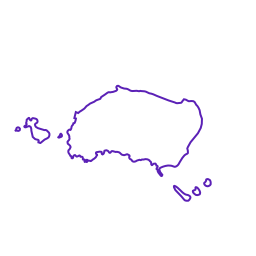 Phu Quy, Bình Thuận, Vietnam (Albers equal-area conic projection), rotated 117°
{"feature_id": "81297802B90799057915407", "entity_name": "Phu Quy", "entity_type": "district", "adm_level": 2, "iso_a3": "VNM", "parent_name": "Vietnam", "parent_adm1": "Bình Thuận", "projection": "albers", "projection_center": [108.956, 10.526], "detail": "fine", "context": "isolated", "style": "outline", "palette": "violet", "viewbox_px": 256, "rotation_deg": 117, "n_neighbors": 0, "source": "geoboundaries", "source_scale": "gbopen_adm2", "svg_char_len": 5936}
<svg xmlns="http://www.w3.org/2000/svg" viewBox="0 0 256 256"><g transform="rotate(117 128 128)"><path d="M112.3,65.8L100.9,63.3L95.0,63.2L90.9,64.1L86.2,66.3L83.0,69.7L79.6,72.3L77.8,74.6L76.8,76.4L76.4,77.7L74.7,80.3L74.5,81.3L74.5,82.1L75.2,83.8L76.5,85.9L76.6,86.8L76.5,89.3L77.0,91.2L79.4,91.7L80.6,91.8L81.2,92.0L81.6,92.4L83.5,95.3L83.9,96.3L84.0,98.1L85.0,104.2L86.3,116.8L86.5,120.6L86.8,122.7L87.4,124.8L87.5,128.5L87.8,129.9L89.2,133.3L89.4,134.0L90.2,134.8L90.9,137.1L93.1,140.9L93.5,142.1L93.6,143.3L93.5,144.8L93.5,146.0L93.7,147.1L94.6,149.4L95.1,152.5L95.0,153.9L94.8,155.5L94.9,156.0L95.5,156.8L96.7,157.0L97.3,156.7L97.8,156.0L98.6,155.1L99.3,155.1L100.3,155.5L102.6,157.7L104.1,159.8L104.4,160.1L104.7,161.2L105.1,161.7L105.9,162.3L109.0,163.9L111.8,165.5L112.9,166.0L114.3,165.9L114.8,166.1L117.3,168.5L118.1,169.1L119.9,170.0L123.5,172.9L125.4,173.8L127.3,174.9L128.6,175.2L130.5,175.7L131.1,176.0L133.7,177.4L135.3,178.4L137.3,179.2L137.5,181.7L143.5,180.3L143.2,178.7L145.3,178.1L146.8,177.9L147.5,177.9L147.8,177.9L148.1,178.1L148.5,178.8L148.8,178.8L149.4,178.6L149.9,178.5L151.4,178.9L152.3,178.9L154.3,178.3L155.4,178.3L155.8,178.4L155.9,179.3L156.3,179.7L157.1,180.1L158.1,180.4L158.9,180.3L159.4,180.1L159.9,179.6L161.3,177.2L162.2,176.4L163.4,175.8L163.9,175.3L164.4,175.1L165.1,175.1L165.8,175.2L166.8,175.5L167.9,175.6L169.2,174.6L169.4,174.3L169.5,173.4L170.1,171.6L170.5,171.0L171.1,170.5L172.2,170.4L173.1,170.4L175.0,170.9L176.1,170.5L176.8,170.0L177.3,169.4L178.3,167.6L179.0,166.7L178.9,165.9L179.3,165.4L180.3,164.7L180.4,164.2L180.3,163.9L180.0,163.6L179.5,163.5L177.8,163.9L176.8,163.6L176.3,163.1L176.2,162.8L176.7,161.3L176.7,160.6L176.0,159.9L174.7,159.0L174.5,158.7L174.5,158.2L175.1,157.4L175.1,157.0L174.7,156.5L174.5,155.8L174.5,155.4L174.7,155.1L175.4,154.5L176.3,154.1L176.5,153.7L176.4,153.4L176.1,153.0L175.9,152.5L176.1,151.9L176.3,151.7L177.1,151.7L177.6,151.5L177.8,151.2L177.5,150.8L176.7,150.6L176.7,150.0L177.0,149.8L177.1,149.6L177.0,149.3L176.7,149.1L176.4,149.1L175.6,150.3L175.4,150.5L175.2,150.5L174.9,149.9L174.9,149.4L175.1,148.6L175.0,148.2L174.4,147.0L174.5,146.5L174.4,146.2L174.1,145.9L172.0,145.0L170.7,144.2L169.2,143.6L168.7,143.4L167.4,143.4L167.0,143.4L166.5,143.2L166.2,143.2L165.8,143.5L165.6,144.5L165.3,144.9L164.8,145.2L164.3,145.3L163.9,145.1L162.0,142.6L161.4,141.2L161.4,140.6L161.9,140.2L162.6,139.9L163.0,139.5L163.1,139.1L163.1,138.7L162.6,138.3L162.0,138.1L161.0,138.1L160.2,138.3L159.3,138.6L158.9,138.6L157.9,137.5L157.6,137.0L157.5,135.6L157.8,134.6L158.3,133.9L158.4,133.4L158.4,133.0L158.2,132.7L157.9,132.5L156.2,132.1L155.9,131.8L155.5,130.9L155.4,130.2L154.9,128.0L154.5,127.5L154.0,126.3L153.7,124.5L154.5,121.7L154.5,121.0L154.1,119.5L153.8,118.9L152.1,117.2L151.8,116.9L151.7,115.7L151.7,115.0L151.8,114.4L152.1,114.0L152.3,113.8L152.8,113.9L153.2,113.8L153.8,113.5L154.3,113.0L154.6,112.4L154.7,111.8L154.7,110.6L155.4,109.5L155.6,108.2L155.4,107.6L155.1,107.0L154.3,106.1L152.8,105.1L151.1,103.3L150.9,102.2L150.7,101.9L149.8,101.3L149.1,99.9L147.8,98.3L147.2,96.8L147.0,95.3L147.2,94.0L147.6,93.5L147.7,93.1L147.7,92.6L147.8,92.3L148.4,91.6L149.2,91.2L149.9,90.7L150.2,90.1L150.2,89.8L150.0,89.6L148.3,89.0L147.4,87.7L147.3,87.4L147.4,87.0L148.4,85.8L148.6,85.6L148.4,85.0L148.5,84.5L148.7,84.2L149.1,84.0L149.9,83.9L150.7,84.2L151.5,84.0L151.8,82.7L152.9,82.0L153.9,80.8L155.6,77.1L155.6,76.4L155.3,76.1L154.9,76.0L154.1,76.2L153.3,78.0L152.5,79.5L150.9,81.1L150.0,81.5L149.4,81.4L148.1,80.6L146.4,79.1L144.8,77.4L143.4,75.5L142.5,73.7L141.9,72.1L141.5,69.3L141.3,68.6L140.3,67.6L139.0,66.9L137.5,66.5L134.8,66.4L130.0,66.0L126.8,65.3L125.4,64.6L123.9,63.5L123.2,63.3L122.4,63.6L120.9,64.5L119.3,65.9L117.6,66.0L112.3,65.8ZM174.4,212.8L179.2,208.8L180.0,205.9L179.9,204.8L179.4,202.8L179.5,202.2L180.0,201.7L181.3,201.5L181.5,201.3L181.3,200.8L181.3,199.8L181.1,199.2L176.1,197.0L174.3,195.6L172.6,194.6L171.4,194.5L169.9,194.8L168.7,195.5L168.0,196.4L167.1,199.2L167.1,199.9L167.2,200.5L167.9,201.7L168.0,202.5L169.0,208.1L168.9,210.0L168.7,210.8L168.1,211.7L167.3,212.4L166.6,212.5L166.1,212.4L164.7,211.5L164.0,211.4L163.1,211.6L162.5,212.1L162.0,212.6L161.6,213.6L161.7,214.8L162.2,216.7L162.6,217.5L163.6,217.9L164.2,217.9L164.7,217.7L165.1,217.7L165.4,218.0L165.4,218.4L165.1,219.4L164.2,220.3L164.0,220.6L164.1,221.0L165.3,221.6L166.7,222.0L168.0,221.4L169.9,221.0L170.3,220.3L170.7,220.0L171.5,220.0L173.2,221.0L173.8,221.0L174.1,220.6L174.1,220.1L173.8,219.4L171.6,217.5L171.1,216.7L171.2,215.4L171.6,214.8L172.7,213.8L174.4,212.8ZM159.1,60.6L159.8,60.2L160.4,59.5L161.8,57.6L164.7,49.3L166.0,46.3L166.6,44.7L166.5,43.7L166.3,43.0L166.1,42.5L165.6,41.6L165.3,41.2L163.7,40.7L161.9,40.7L161.5,40.9L161.1,41.2L160.6,42.1L160.5,43.2L160.5,44.1L161.0,45.9L161.1,46.9L161.0,48.3L160.6,50.3L159.7,53.2L158.7,56.7L158.4,58.5L158.4,59.8L158.5,60.4L158.7,60.6L159.1,60.6ZM156.0,40.5L156.5,39.0L156.8,37.3L156.7,36.8L156.5,36.2L156.1,35.4L155.1,34.5L154.7,34.1L154.1,34.0L153.6,34.1L152.8,34.4L152.2,34.9L151.2,36.0L150.3,37.6L149.8,38.9L149.7,39.3L149.7,40.1L150.1,40.8L150.4,40.8L150.8,40.7L151.6,40.1L152.5,40.0L153.5,40.7L153.7,41.1L154.5,41.6L155.1,41.4L155.6,41.0L156.0,40.5ZM143.1,34.8L143.7,34.0L144.1,32.8L144.1,31.7L143.9,31.0L143.7,30.5L143.2,29.9L142.5,29.4L141.8,29.0L140.8,28.8L140.4,28.9L139.8,29.2L139.0,29.6L138.2,30.2L137.4,31.1L137.2,31.7L137.2,32.3L137.2,33.4L137.5,34.2L138.2,34.8L138.4,34.9L139.5,34.5L140.1,34.5L141.0,34.6L142.2,35.1L142.7,35.0L143.1,34.8ZM181.4,226.9L181.0,226.3L180.5,224.8L180.2,224.2L179.4,223.6L178.8,223.5L177.7,224.0L177.2,225.0L177.2,225.8L177.4,226.4L177.8,226.8L178.4,227.2L179.3,227.2L179.9,226.9L180.4,226.9L181.1,227.1L181.3,227.1L181.4,226.9ZM167.9,185.1L167.5,184.7L166.2,183.5L165.8,183.3L165.3,183.2L164.6,183.5L164.2,183.8L163.9,184.3L163.6,185.2L163.8,185.4L164.0,185.5L166.2,185.4L167.9,185.9L168.0,185.7L167.9,185.1Z" fill="none" stroke="#5b21b6" stroke-width="2"/></g></svg>